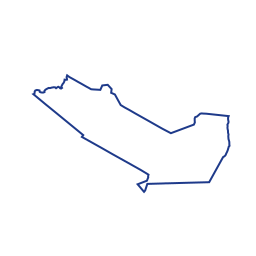 Poção de Pedras, Maranhão, Brazil, rotated 204°
{"feature_id": "56859067B9386852813171", "entity_name": "Poção de Pedras", "entity_type": "district", "adm_level": 2, "iso_a3": "BRA", "parent_name": "Brazil", "parent_adm1": "Maranhão", "projection": "mercator", "projection_center": [-44.86, -4.789], "detail": "fine", "context": "isolated", "style": "outline", "palette": "blue", "viewbox_px": 256, "rotation_deg": 204, "n_neighbors": 0, "source": "geoboundaries", "source_scale": "gbopen_adm2", "svg_char_len": 1776}
<svg xmlns="http://www.w3.org/2000/svg" viewBox="0 0 256 256"><g transform="rotate(204 128 128)"><path d="M166.5,101.1L146.9,99.3L145.6,99.2L131.6,97.8L106.3,95.5L98.9,94.8L90.3,93.7L90.0,92.1L89.4,91.0L89.4,89.7L89.3,88.6L89.3,87.5L96.3,80.5L87.4,76.2L86.9,77.9L87.6,84.8L73.4,91.6L71.4,92.6L69.6,93.4L68.0,94.2L64.0,96.1L55.9,100.0L42.5,106.4L31.8,111.5L29.3,140.1L28.5,141.2L28.0,142.3L27.8,143.4L27.9,144.5L27.8,146.5L27.9,148.7L28.1,149.9L28.2,151.0L28.4,152.0L28.0,153.0L28.9,154.5L29.3,155.5L30.0,156.8L31.7,158.8L33.1,161.4L33.5,162.9L34.7,164.4L35.6,166.3L36.6,167.6L37.3,168.8L37.8,170.4L38.5,171.3L38.5,172.5L38.4,173.6L38.8,174.8L39.5,175.7L40.3,177.0L40.8,178.3L40.9,179.8L62.3,172.9L65.1,171.8L66.6,171.3L67.9,170.4L69.6,166.6L71.0,165.3L71.0,163.9L70.0,161.7L69.2,160.3L69.2,157.9L85.8,141.6L86.7,140.7L96.0,141.3L100.4,141.7L110.6,142.7L112.7,142.9L127.7,144.3L132.3,144.8L134.2,145.0L139.3,145.4L144.0,146.0L148.9,149.7L153.6,153.3L157.7,153.3L158.8,156.9L164.1,159.2L165.3,158.5L168.8,156.4L168.8,151.6L175.7,149.0L177.5,148.4L180.2,148.7L181.7,148.8L183.0,148.9L189.0,149.5L191.3,149.7L192.6,149.8L194.3,150.0L195.3,150.1L197.4,150.3L202.1,150.7L205.0,151.3L204.8,149.5L204.0,148.4L203.4,147.4L204.4,146.7L205.6,146.4L205.1,144.5L205.2,142.9L205.6,141.5L205.7,139.7L205.7,138.5L204.6,137.8L205.2,136.8L206.2,136.7L207.2,137.2L208.5,137.3L209.2,136.3L209.9,135.1L211.0,135.5L212.3,135.1L213.2,134.5L214.1,133.9L215.4,132.8L216.8,132.3L218.0,130.8L219.0,129.4L219.4,127.9L218.9,126.8L220.0,125.8L221.1,125.4L222.2,125.1L223.3,125.1L224.1,126.3L225.2,126.1L226.7,125.7L227.9,124.6L228.1,123.5L227.7,122.3L227.4,121.2L228.2,120.4L211.8,115.8L210.6,115.5L198.1,112.1L173.3,105.3L166.0,103.3L166.5,101.1Z" fill="none" stroke="#1e3a8a" stroke-width="2"/></g></svg>